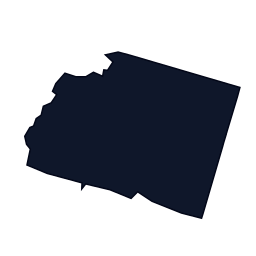 Giles, Tennessee, United States of America, rotated 285°
{"feature_id": "52423323B25757785187311", "entity_name": "Giles", "entity_type": "district", "adm_level": 2, "iso_a3": "USA", "parent_name": "United States of America", "parent_adm1": "Tennessee", "projection": "robinson", "projection_center": [-87.032, 35.224], "detail": "fine", "context": "isolated", "style": "filled", "palette": "ink", "viewbox_px": 256, "rotation_deg": 285, "n_neighbors": 0, "source": "geoboundaries", "source_scale": "gbopen_adm2", "svg_char_len": 715}
<svg xmlns="http://www.w3.org/2000/svg" viewBox="0 0 256 256"><g transform="rotate(285 128 128)"><path d="M59.9,222.4L62.5,222.5L64.5,222.6L95.5,223.3L134.7,224.2L138.6,224.2L147.6,224.5L148.2,224.4L149.1,224.5L150.2,224.5L187.0,225.6L189.5,225.6L191.4,225.6L192.5,225.6L196.1,225.6L198.8,111.3L198.8,98.8L192.8,87.2L187.9,96.4L178.4,93.3L177.9,89.6L171.4,90.1L172.9,80.2L166.6,74.0L164.0,64.4L164.6,52.9L152.3,46.8L143.9,45.6L141.8,50.5L132.4,47.3L127.1,40.6L117.9,40.8L113.4,36.9L105.5,36.3L103.1,33.1L93.3,30.4L86.0,34.2L82.4,39.1L66.1,40.0L63.2,61.8L63.1,97.8L57.2,99.1L63.0,101.6L63.7,126.5L60.8,149.2L68.9,153.8L63.4,170.3L59.7,201.6L59.9,222.4Z" fill="#0f172a" stroke="#020617" stroke-width="1.5"/></g></svg>